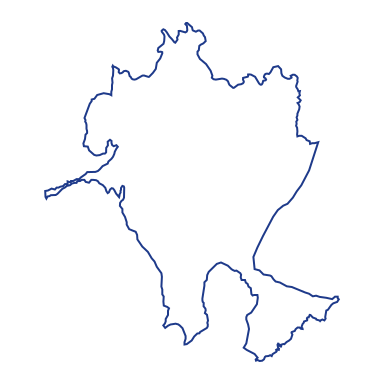 Thota-ea-Moli, Maseru, Lesotho
{"feature_id": "5366337B11591763594047", "entity_name": "Thota-ea-Moli", "entity_type": "district", "adm_level": 2, "iso_a3": "LSO", "parent_name": "Lesotho", "parent_adm1": "Maseru", "projection": "orthographic", "projection_center": [27.504, -29.453], "detail": "fine", "context": "isolated", "style": "outline", "palette": "blue", "viewbox_px": 384, "rotation_deg": 0, "n_neighbors": 0, "source": "geoboundaries", "source_scale": "gbopen_adm2", "svg_char_len": 5898}
<svg xmlns="http://www.w3.org/2000/svg" viewBox="0 0 384 384"><path d="M337.7,296.7L335.0,296.7L332.2,299.1L326.3,297.8L319.7,296.9L316.1,295.7L312.8,296.3L309.0,293.7L305.2,292.5L291.8,287.0L286.8,286.3L279.9,282.5L275.6,281.5L273.5,279.3L271.4,276.2L270.0,275.5L263.5,274.5L259.5,270.4L254.6,269.1L253.4,257.0L257.4,247.5L263.0,236.0L273.2,216.7L277.8,210.1L283.2,205.7L287.5,203.8L292.9,197.6L296.7,191.4L301.3,185.3L309.1,170.4L318.2,142.2L314.5,143.2L312.2,143.2L310.1,143.9L309.7,141.3L306.6,140.1L305.6,138.3L301.7,135.8L299.2,135.8L297.4,136.4L297.1,134.5L297.4,131.4L297.1,127.7L296.1,125.8L296.6,123.9L296.3,121.6L297.4,119.9L296.6,117.3L297.4,115.6L297.4,113.7L299.2,109.3L299.6,106.5L298.7,104.4L297.6,103.0L299.7,102.0L300.7,100.3L297.8,97.4L299.9,95.4L299.4,93.3L299.9,91.1L298.4,91.3L297.7,89.3L296.3,87.2L296.1,86.1L297.6,81.7L297.3,80.4L297.7,77.9L296.9,76.5L294.7,74.8L292.9,74.7L290.7,75.8L291.6,77.3L291.5,77.7L289.5,78.8L287.8,78.8L284.7,77.5L282.4,75.8L281.4,73.3L281.1,69.3L278.1,66.1L273.3,67.2L270.4,72.4L268.9,74.0L267.1,73.6L265.9,73.8L264.8,74.5L263.9,76.5L264.0,77.4L265.5,78.4L266.1,79.6L265.6,80.3L263.2,80.8L262.5,83.3L261.8,84.4L261.2,84.7L260.5,84.7L259.1,83.5L255.1,76.8L251.0,74.6L249.2,74.4L248.1,74.5L248.2,75.6L247.8,76.7L243.1,77.9L243.0,79.6L243.8,81.4L243.7,82.3L243.0,83.3L241.2,84.2L238.1,84.7L234.1,87.7L233.2,87.9L229.6,85.0L228.9,83.8L228.0,81.3L226.4,79.8L224.0,78.9L222.0,78.6L215.8,79.6L213.5,79.2L211.8,77.7L212.4,75.7L210.6,70.7L206.1,64.1L199.9,58.9L197.5,54.4L197.5,51.6L198.8,50.2L199.3,45.9L200.7,44.7L203.3,43.4L205.7,41.1L205.0,37.2L203.8,35.6L202.9,33.4L199.6,30.5L198.1,30.5L195.9,31.7L193.0,30.5L192.6,30.0L192.0,27.2L187.2,23.0L186.1,23.0L185.3,24.0L186.9,25.8L187.3,30.1L186.7,31.6L185.4,32.4L180.2,30.9L178.7,31.0L178.7,34.6L177.0,37.6L177.5,39.6L175.3,42.7L174.4,42.3L171.9,39.1L169.4,36.5L166.8,32.3L164.9,30.0L163.3,29.3L161.9,30.5L161.6,30.9L161.8,31.7L164.0,34.6L164.5,36.4L164.2,41.0L163.5,43.8L158.3,48.0L157.7,50.5L158.3,51.9L160.8,51.7L162.2,52.1L162.3,53.3L160.2,58.5L156.8,62.8L155.8,68.9L152.9,72.9L149.1,76.8L148.5,76.9L144.0,75.5L142.4,75.6L136.2,79.2L134.6,79.6L133.0,79.4L131.7,78.7L130.6,76.8L129.7,76.2L128.7,72.5L128.2,71.8L125.9,70.8L124.5,71.0L123.6,71.3L122.8,72.3L121.5,73.1L119.8,73.4L118.7,72.1L119.0,69.8L118.7,69.2L115.9,67.4L113.2,66.3L112.8,65.7L112.3,66.8L113.0,68.1L113.3,70.2L113.0,75.7L112.1,78.3L112.5,82.7L112.0,85.1L112.0,89.3L111.3,91.8L111.3,95.2L109.4,94.2L103.7,93.2L97.2,95.0L94.4,98.8L91.7,99.5L91.6,101.2L89.8,103.7L84.5,118.0L85.5,120.1L85.2,121.6L86.1,123.1L86.5,125.0L86.5,128.8L87.1,131.1L87.1,133.0L85.5,134.7L85.0,139.0L83.4,143.4L83.9,146.2L87.8,146.6L89.1,150.4L94.2,154.9L96.4,155.5L99.7,155.1L103.0,153.6L104.9,153.6L106.1,152.4L106.2,147.9L107.9,145.4L107.7,141.7L110.0,139.8L111.5,140.9L111.5,143.0L112.2,145.1L113.7,146.2L116.4,145.2L117.8,146.8L116.5,148.5L114.8,151.7L114.3,153.9L113.0,156.8L111.4,158.9L108.4,161.5L107.7,163.6L102.6,166.1L99.8,169.3L97.9,171.0L95.4,171.9L87.2,172.1L85.7,174.0L80.6,177.6L79.3,179.1L76.6,179.1L73.2,181.0L71.0,181.0L70.7,182.5L67.6,181.4L67.6,184.0L65.0,184.1L63.1,186.1L60.3,186.7L58.5,187.6L56.6,187.6L54.9,189.5L51.6,188.6L48.0,190.5L45.2,191.0L45.5,196.9L46.4,198.6L47.5,196.5L49.5,196.1L50.8,195.2L55.7,195.0L57.4,193.9L62.3,188.9L65.1,187.4L66.8,185.9L70.0,185.2L72.0,183.5L74.5,182.9L76.5,182.9L77.3,181.2L80.1,181.0L81.6,179.9L84.4,179.9L85.7,181.9L89.0,182.7L91.3,179.9L93.4,179.9L96.1,180.2L97.9,181.2L99.3,183.3L102.8,185.1L105.3,187.8L106.4,191.2L107.7,193.1L108.9,192.3L110.1,189.5L111.7,188.2L113.0,188.5L114.3,190.1L116.1,193.6L119.1,197.2L119.5,195.7L119.4,194.8L120.6,192.4L120.5,190.8L121.0,189.8L121.0,188.0L122.4,185.9L123.8,186.4L124.2,187.6L124.0,197.6L123.1,199.7L121.4,201.0L120.1,202.9L119.9,205.9L122.4,209.0L122.4,212.5L125.0,216.9L126.7,222.2L126.7,224.6L129.2,229.2L135.7,231.8L137.1,234.9L137.4,239.4L142.3,246.6L147.9,251.9L151.7,258.3L154.5,261.5L156.8,266.8L161.4,273.2L161.9,276.8L161.4,286.6L162.3,289.5L162.3,294.4L163.7,296.5L163.4,301.6L163.8,305.6L167.2,306.9L169.0,308.3L168.0,310.7L168.0,315.0L165.7,319.0L165.7,321.4L164.9,323.5L163.3,325.4L165.2,327.9L168.2,325.6L170.5,324.5L175.6,323.7L178.3,324.4L179.9,325.6L182.5,328.2L185.6,336.0L185.6,338.8L184.5,342.2L184.5,344.5L186.8,344.1L191.7,340.5L194.2,336.5L197.3,333.5L199.4,333.3L200.1,332.0L206.8,328.0L207.7,326.5L207.8,324.4L207.3,322.9L208.0,320.6L207.0,314.8L204.9,313.1L205.7,310.3L205.4,308.6L203.6,306.3L203.7,302.9L202.7,301.8L202.4,300.2L202.4,298.5L204.4,285.7L204.4,282.3L206.8,279.9L207.2,275.1L208.7,271.9L216.8,263.9L221.0,262.5L227.9,265.7L231.5,269.2L232.8,270.0L234.7,270.9L236.5,270.6L240.3,273.2L241.1,274.7L240.7,277.3L241.6,280.0L245.0,280.0L245.8,282.6L247.6,283.9L248.5,286.6L250.8,288.2L251.4,294.0L252.6,295.5L254.0,295.0L257.4,295.0L257.8,297.7L256.9,304.2L251.2,312.6L247.2,315.0L246.3,317.1L246.3,319.5L248.1,324.5L249.0,329.0L246.3,343.4L243.7,347.7L246.7,349.9L254.6,354.0L257.6,357.7L255.7,359.5L256.0,360.6L257.6,360.0L259.6,361.0L262.2,360.7L264.0,359.3L264.9,357.0L265.7,356.3L268.5,356.0L270.2,355.2L271.7,356.1L272.6,354.1L276.3,351.8L276.7,351.1L276.1,349.9L276.8,349.4L278.8,349.9L279.0,348.8L278.2,348.3L277.5,344.8L278.1,343.6L278.6,343.7L279.7,345.9L280.4,346.5L281.1,346.5L281.2,345.5L280.5,344.9L283.4,344.0L284.4,344.2L286.6,342.0L289.0,340.6L291.0,338.8L292.4,334.6L291.5,332.8L291.7,332.1L294.8,330.9L295.6,329.2L297.6,327.5L299.5,327.5L301.0,328.8L302.6,329.0L302.5,328.3L301.7,327.6L301.7,326.5L302.6,324.0L303.8,322.6L304.0,321.5L307.1,320.4L307.3,319.9L306.9,318.5L307.1,317.9L307.6,317.4L308.7,317.4L309.7,314.9L310.5,315.0L312.8,317.5L316.0,318.7L316.4,319.6L319.6,320.5L320.1,321.1L320.9,320.2L322.4,319.5L324.4,320.4L325.6,318.6L325.2,317.1L326.3,310.5L327.9,309.8L331.4,304.9L333.3,303.3L337.2,301.9L338.8,299.3L337.8,298.4L337.7,296.7Z" fill="none" stroke="#1e3a8a" stroke-width="2"/></svg>